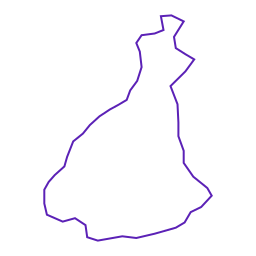 the district of Mitsero, Nicosia, Cyprus
{"feature_id": "46923920B44917780052116", "entity_name": "Mitsero", "entity_type": "district", "adm_level": 2, "iso_a3": "CYP", "parent_name": "Cyprus", "parent_adm1": "Nicosia", "projection": "robinson", "projection_center": [33.124, 35.045], "detail": "fine", "context": "isolated", "style": "outline", "palette": "violet", "viewbox_px": 256, "rotation_deg": 0, "n_neighbors": 0, "source": "geoboundaries", "source_scale": "gbopen_adm2", "svg_char_len": 717}
<svg xmlns="http://www.w3.org/2000/svg" viewBox="0 0 256 256"><path d="M207.3,188.0L193.3,176.7L183.7,162.9L183.7,150.8L178.4,136.2L178.4,122.4L177.5,104.2L170.5,86.1L185.4,71.4L194.2,59.4L185.4,54.2L175.8,48.1L174.0,36.9L183.7,21.4L171.4,15.4L160.9,16.2L163.5,30.0L154.7,33.5L141.6,35.2L136.3,43.0L139.8,51.6L141.6,67.1L137.2,80.9L130.2,90.4L126.7,99.9L117.9,105.1L110.0,109.4L99.5,116.3L89.9,125.0L82.9,133.6L73.2,141.4L67.1,156.9L64.4,166.4L54.8,175.0L48.7,181.9L44.3,189.7L44.3,203.5L46.9,214.7L62.7,221.6L75.0,218.2L85.5,225.1L87.2,237.2L97.8,240.6L122.3,236.3L136.3,238.0L154.7,233.7L175.8,227.7L184.6,222.5L190.7,212.1L201.2,207.0L211.7,195.7L207.3,188.0Z" fill="none" stroke="#5b21b6" stroke-width="2"/></svg>